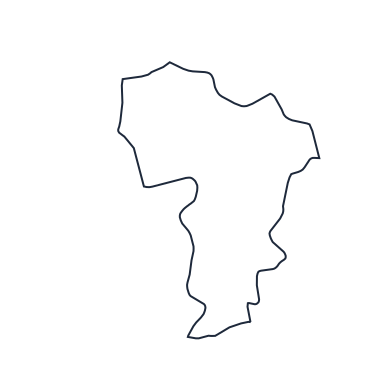 the border of Béja, rotated 212°
{"feature_id": "TUN-103", "entity_name": "Béja", "entity_type": "Governorate", "adm_level": 1, "iso_a3": "TUN", "parent_name": "Tunisia", "parent_adm1": "", "projection": "mercator", "projection_center": [9.232, 36.761], "detail": "fine", "context": "isolated", "style": "outline", "palette": "slate", "viewbox_px": 384, "rotation_deg": 212, "n_neighbors": 0, "source": "natural_earth", "source_scale": "10m", "svg_char_len": 2246}
<svg xmlns="http://www.w3.org/2000/svg" viewBox="0 0 384 384"><g transform="rotate(212 192 192)"><path d="M73.4,112.7L75.3,111.8L80.8,106.5L88.5,97.1L96.1,82.3L99.4,80.1L101.8,78.9L108.7,71.5L111.3,69.9L118.7,66.9L119.1,68.3L119.7,78.9L119.3,83.6L117.9,90.3L117.5,94.6L117.8,96.4L118.2,98.2L119.2,100.9L120.3,102.2L121.5,103.0L122.6,103.3L138.0,103.0L139.6,103.5L141.4,104.7L144.5,107.4L145.9,109.1L147.0,110.7L147.9,113.0L150.2,120.7L156.2,133.8L159.4,142.7L160.7,144.9L161.9,146.7L170.1,154.5L172.4,156.0L174.7,157.2L183.6,160.1L186.5,162.0L189.0,164.2L189.9,165.7L190.4,167.1L190.5,168.4L190.3,170.8L190.0,173.0L189.5,174.8L188.6,177.4L188.0,178.8L187.6,180.1L187.0,181.3L185.6,185.3L185.7,187.2L186.3,190.0L188.3,195.8L189.8,198.6L191.1,200.4L194.4,202.6L195.6,203.1L197.8,203.5L198.9,203.6L200.0,203.5L201.1,203.2L202.3,202.5L204.6,200.7L228.4,175.6L230.6,173.6L233.0,172.2L235.7,171.2L264.6,198.4L278.6,203.1L285.2,203.7L286.7,204.5L287.5,205.5L287.9,206.6L288.4,208.9L290.2,213.9L298.3,230.8L308.0,245.2L310.6,251.0L296.0,263.2L291.4,268.2L290.4,270.5L289.9,272.2L282.6,282.7L279.6,290.2L264.7,291.8L259.2,293.1L255.3,294.7L244.6,300.5L242.3,301.4L240.3,301.8L238.9,301.7L237.3,301.3L235.1,300.0L233.6,298.9L228.1,293.1L225.9,291.6L222.6,289.8L220.2,289.0L217.2,288.8L203.0,289.7L195.6,291.1L193.4,292.2L191.3,293.8L190.5,294.8L187.5,298.9L177.7,316.8L175.7,317.1L172.6,316.6L159.8,309.6L155.3,306.4L153.7,305.8L151.8,305.3L148.5,305.3L145.0,305.9L130.7,311.1L128.1,311.6L122.2,307.5L102.0,288.2L106.6,285.6L107.9,284.7L108.7,283.6L109.2,282.5L109.4,281.5L109.6,272.6L110.0,269.7L110.5,268.6L111.0,267.5L112.6,265.2L116.5,260.8L117.3,259.7L117.0,256.1L115.6,250.5L107.3,228.2L105.4,225.8L104.4,224.0L103.7,221.9L103.2,216.2L104.8,200.7L104.7,199.3L104.3,197.9L102.9,196.3L100.5,194.4L97.9,192.8L96.9,192.3L82.7,189.9L81.4,189.4L80.1,188.6L78.8,187.6L78.0,186.4L77.6,185.1L78.1,183.3L78.7,182.0L79.3,180.7L79.8,179.2L80.2,177.4L80.3,174.6L80.6,173.0L81.1,171.6L81.7,170.5L82.7,169.4L91.8,161.8L92.8,160.7L93.4,159.6L93.2,157.6L92.3,155.0L87.6,147.3L78.2,136.5L77.5,135.1L77.2,133.6L77.9,131.4L78.7,130.5L79.7,129.9L80.3,129.7L84.9,128.0L85.7,127.3L84.1,124.1L73.5,112.7L73.4,112.7Z" fill="none" stroke="#1e293b" stroke-width="2"/></g></svg>